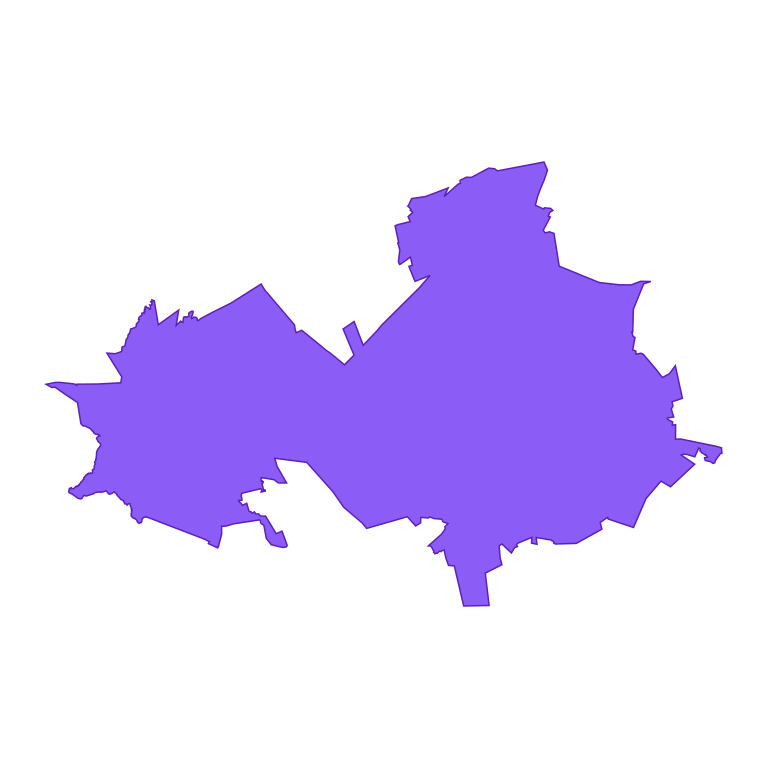 outline of Canatlán, Durango, Mexico
{"feature_id": "50627088B7187015857407", "entity_name": "Canatlán", "entity_type": "district", "adm_level": 2, "iso_a3": "MEX", "parent_name": "Mexico", "parent_adm1": "Durango", "projection": "orthographic", "projection_center": [-105.2, 24.53], "detail": "fine", "context": "isolated", "style": "filled", "palette": "violet", "viewbox_px": 768, "rotation_deg": 0, "n_neighbors": 0, "source": "geoboundaries", "source_scale": "gbopen_adm2", "svg_char_len": 6039}
<svg xmlns="http://www.w3.org/2000/svg" viewBox="0 0 768 768"><path d="M200.4,318.8L198.6,320.4L197.6,320.6L197.2,319.9L197.2,318.5L196.3,317.5L195.4,317.2L193.6,317.1L192.6,318.3L191.7,318.5L191.3,317.2L192.4,315.2L193.2,311.7L192.8,311.2L192.1,311.1L189.7,312.3L188.7,313.3L188.9,316.0L187.0,317.1L186.0,316.8L185.8,317.2L184.5,316.8L183.6,317.3L182.8,322.5L181.7,322.1L180.7,321.1L176.2,325.5L178.7,310.1L158.3,324.7L154.3,300.8L151.9,299.9L152.1,301.5L151.0,301.4L150.7,301.7L151.9,302.9L151.9,304.5L151.6,305.1L149.7,305.0L150.3,306.2L150.5,308.9L149.8,309.2L148.2,307.8L146.5,307.4L146.2,306.5L145.3,306.5L144.9,307.8L144.9,308.5L145.4,309.3L145.1,309.6L144.4,309.6L144.5,310.5L144.2,311.1L144.8,311.4L144.8,311.7L144.5,312.0L144.4,312.9L144.2,313.3L143.4,312.8L141.9,313.2L141.9,314.8L141.4,315.5L139.1,317.2L138.5,319.3L139.2,319.6L139.2,319.9L138.5,321.9L137.7,322.3L137.2,323.3L136.3,324.0L136.3,326.2L135.9,327.0L132.0,328.7L130.8,328.9L130.4,329.3L130.4,331.0L129.9,331.7L129.8,332.7L128.1,334.9L127.9,336.8L127.3,338.3L126.3,339.1L124.9,345.8L124.3,346.3L122.7,346.6L122.2,347.1L121.9,348.0L121.8,350.7L121.4,351.6L115.3,353.7L106.9,353.1L121.7,376.8L120.8,382.8L98.0,384.0L76.6,384.2L76.7,385.2L74.0,383.9L60.1,382.4L55.5,382.4L46.1,384.3L51.8,387.5L55.1,387.2L64.5,393.9L77.5,402.5L80.9,423.7L83.0,425.9L85.1,426.0L89.8,428.3L91.5,429.8L92.3,431.0L93.4,431.6L93.5,432.6L93.9,433.0L95.6,434.2L97.0,434.5L97.7,434.1L98.5,435.1L99.1,434.8L100.0,435.9L98.9,436.1L97.1,437.3L96.5,438.5L98.3,441.9L99.6,442.8L100.6,444.3L100.4,445.9L98.0,449.0L96.9,451.2L96.7,452.7L96.4,453.2L96.6,454.5L96.2,456.7L96.4,458.2L95.9,458.6L95.7,460.5L94.7,462.0L94.6,462.8L95.3,463.9L94.2,466.1L94.2,469.0L92.7,469.6L92.4,470.1L92.7,472.5L91.7,473.4L90.4,472.9L89.8,473.6L88.6,473.2L88.2,473.8L87.5,473.7L87.1,474.4L86.4,474.7L84.6,476.8L84.5,477.3L83.6,478.0L83.9,479.0L83.4,479.7L82.9,479.9L82.0,481.3L81.1,481.8L80.6,482.9L79.5,484.0L79.3,485.0L78.5,485.0L78.2,486.1L77.2,486.5L77.0,486.2L76.8,486.5L75.8,486.4L73.7,488.7L71.5,488.4L71.3,487.7L70.7,487.9L70.8,488.6L69.4,488.5L68.9,490.7L69.2,491.1L68.7,491.5L68.8,492.1L69.4,492.9L72.0,494.0L78.0,498.3L80.9,498.9L82.0,498.4L82.2,497.7L83.8,495.5L86.4,496.0L93.7,493.7L95.1,492.6L98.0,492.1L102.4,492.1L105.9,490.9L106.5,491.1L108.5,493.8L110.0,494.2L112.0,493.4L114.1,491.9L116.0,493.4L117.1,495.2L117.5,495.2L118.2,496.6L118.6,496.7L120.6,499.3L123.6,500.7L123.5,501.5L124.4,502.2L124.5,503.5L124.9,503.9L126.9,504.2L127.1,505.1L128.5,503.7L130.3,503.9L130.2,505.1L131.5,508.2L131.2,508.3L131.5,510.1L132.0,510.3L131.6,511.1L131.7,511.5L131.4,511.9L131.6,513.0L131.1,513.5L131.4,514.3L131.2,515.8L132.5,517.5L134.4,518.6L134.8,518.4L136.9,520.3L137.3,520.9L137.1,521.5L137.8,522.1L138.2,522.9L139.4,523.3L139.7,522.8L140.9,522.8L141.8,521.7L142.0,519.4L143.3,517.7L144.4,517.2L147.3,517.2L205.1,539.4L209.4,541.8L208.4,543.6L217.5,547.8L217.8,546.5L218.4,546.8L221.7,533.9L221.6,526.3L225.9,526.1L233.7,523.8L259.6,519.9L260.3,520.2L260.6,523.0L263.9,525.4L266.3,538.5L269.7,542.5L271.1,544.7L282.9,547.5L286.3,546.9L287.2,545.4L282.0,531.1L276.2,533.7L265.5,516.0L263.1,516.2L260.2,515.8L258.6,513.9L255.9,514.1L254.4,511.9L252.5,513.1L251.2,512.6L250.9,511.6L249.7,511.6L249.0,511.1L246.7,503.3L242.4,505.3L241.0,503.2L239.6,502.3L238.7,500.4L241.2,500.5L241.9,500.3L241.8,497.6L241.3,496.9L241.2,495.9L241.8,493.3L260.7,488.7L261.9,490.3L261.2,492.0L265.3,491.1L264.9,489.9L263.5,489.9L262.0,483.4L262.8,483.2L263.3,481.7L262.6,481.2L262.3,481.7L261.4,481.4L261.6,480.7L261.2,480.6L260.9,478.9L261.5,478.4L261.3,478.1L261.5,477.9L260.9,477.5L274.1,479.7L278.3,482.9L286.6,483.0L277.2,466.6L274.8,458.3L306.8,462.4L333.0,491.8L343.7,507.2L362.2,523.0L366.6,528.4L407.4,516.7L415.6,526.0L420.6,522.9L420.8,517.4L428.3,518.0L429.9,517.0L434.3,518.6L441.8,519.2L442.9,521.8L447.9,523.6L444.9,526.7L445.1,529.1L441.4,534.3L428.3,545.9L430.6,546.0L432.2,548.1L432.9,549.8L433.8,550.9L433.6,552.4L434.5,552.9L434.8,553.8L436.2,553.2L437.4,553.3L439.2,551.3L440.8,551.6L442.0,550.7L444.2,550.1L445.7,557.5L448.5,565.4L454.3,565.9L463.7,606.0L489.1,605.5L485.3,573.1L501.9,564.7L500.1,557.7L499.2,545.9L501.9,543.9L511.4,553.0L514.7,547.5L517.5,546.6L516.5,544.6L518.2,543.0L531.9,537.4L531.5,543.1L537.0,544.3L536.2,537.5L551.4,540.1L552.0,540.9L553.4,541.3L553.9,541.9L553.6,543.0L555.4,544.0L576.3,543.4L601.9,529.2L600.2,522.5L607.7,517.3L608.1,519.0L633.5,527.5L646.0,498.6L661.0,481.1L670.5,486.8L694.7,464.2L681.2,455.1L684.0,454.1L684.7,454.2L687.0,454.5L694.8,456.8L698.8,448.0L699.6,448.7L700.2,448.7L700.0,451.0L700.8,451.2L701.5,452.7L702.8,453.2L705.3,455.1L705.8,454.6L707.5,457.2L704.5,457.7L705.2,460.4L710.7,461.8L713.0,463.4L714.8,462.8L715.2,460.8L720.5,453.4L721.9,453.4L721.5,447.8L716.2,446.3L680.6,439.0L675.5,439.2L675.6,424.7L672.3,425.2L672.7,422.0L667.6,419.3L667.4,418.0L673.7,417.0L671.3,409.1L673.0,405.8L672.0,401.8L682.4,398.3L675.3,365.7L669.4,373.7L662.4,377.5L655.8,369.0L643.3,354.3L640.9,353.2L636.0,354.2L635.8,351.1L632.7,349.8L635.0,337.5L633.2,336.5L631.7,332.2L632.7,332.4L633.4,309.0L643.7,283.8L650.8,281.5L640.6,281.3L631.2,284.9L619.4,284.8L599.1,282.5L559.2,266.2L554.0,233.4L549.4,231.8L545.1,232.9L543.2,230.3L550.3,217.0L548.3,216.2L549.8,212.4L552.9,210.4L550.6,208.4L544.4,207.8L543.8,209.1L535.4,205.3L537.5,196.8L539.9,190.2L544.4,179.4L547.5,170.2L544.0,162.0L497.4,170.9L494.7,168.8L488.8,168.1L471.4,177.4L466.5,177.2L460.1,180.3L460.3,183.3L458.2,184.1L444.1,196.6L448.2,187.9L425.6,196.5L411.6,198.6L408.7,205.0L407.8,206.1L411.0,209.2L410.2,210.2L412.7,212.4L408.1,216.6L410.2,221.6L397.9,224.6L395.1,225.8L398.7,242.7L397.8,242.9L399.8,249.9L398.4,261.5L399.5,264.5L400.3,264.3L410.4,257.1L412.4,265.3L408.9,266.4L415.0,281.4L430.0,275.5L419.3,287.8L381.5,325.3L377.0,330.8L363.2,345.3L354.1,321.5L343.1,329.0L354.0,355.1L344.5,364.8L330.0,352.9L326.2,350.4L321.2,346.1L301.7,330.3L296.1,332.7L295.1,329.1L294.5,324.9L264.7,289.9L261.1,284.0L231.0,303.1L212.3,312.4L200.4,318.8Z" fill="#8b5cf6" stroke="#5b21b6" stroke-width="1.5"/></svg>